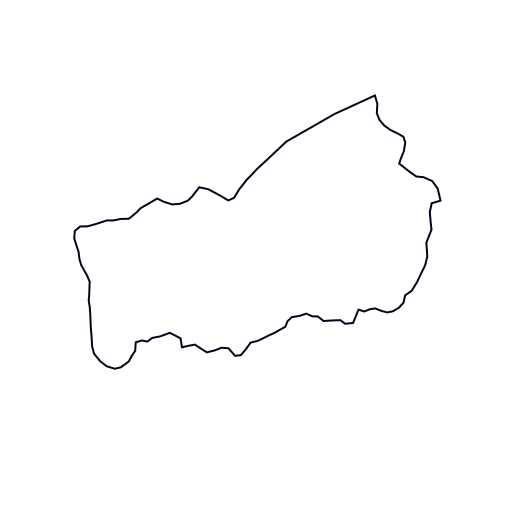 Cajobi, São Paulo, Brazil, rotated 326°
{"feature_id": "56859067B15563868354726", "entity_name": "Cajobi", "entity_type": "district", "adm_level": 2, "iso_a3": "BRA", "parent_name": "Brazil", "parent_adm1": "São Paulo", "projection": "mercator", "projection_center": [-48.85, -20.875], "detail": "fine", "context": "isolated", "style": "outline", "palette": "ink", "viewbox_px": 512, "rotation_deg": 326, "n_neighbors": 0, "source": "geoboundaries", "source_scale": "gbopen_adm2", "svg_char_len": 1711}
<svg xmlns="http://www.w3.org/2000/svg" viewBox="0 0 512 512"><g transform="rotate(326 256 256)"><path d="M171.4,154.0L164.5,149.6L157.3,146.6L152.5,143.2L140.4,139.7L132.9,137.2L126.8,133.2L119.8,133.9L115.2,139.7L113.5,145.3L111.2,153.4L108.0,159.6L106.0,165.8L105.0,177.9L103.7,184.4L96.3,194.5L92.3,199.6L89.4,205.8L85.0,213.3L81.0,219.7L78.2,224.4L75.0,230.2L69.5,239.5L67.1,246.4L68.0,256.3L70.6,264.0L75.9,270.5L81.7,272.7L91.5,272.3L97.8,269.0L102.8,267.1L108.0,260.3L114.1,262.2L118.1,266.2L124.2,265.9L131.4,269.0L141.6,271.5L147.4,282.0L143.6,290.3L150.3,292.9L155.8,295.3L158.1,300.9L161.4,308.4L169.4,311.3L176.0,312.7L181.6,317.1L182.8,327.0L188.0,329.7L195.6,327.6L203.0,324.8L209.9,327.3L215.8,328.2L221.5,328.9L228.5,330.1L234.3,330.5L240.7,331.1L245.7,327.7L251.4,326.7L258.9,330.1L265.5,331.9L269.0,337.6L273.4,340.6L275.7,347.7L282.9,351.9L290.1,356.4L292.0,362.0L299.0,365.8L305.3,361.6L311.0,357.8L314.8,362.6L320.6,363.8L325.5,366.1L329.3,371.7L333.4,376.3L338.8,378.4L345.6,378.8L352.2,377.2L357.6,372.0L365.6,371.9L375.1,367.6L381.2,363.9L390.9,358.4L397.6,352.3L400.9,346.8L404.6,340.3L416.2,332.3L420.5,324.2L424.7,316.7L431.2,310.5L439.9,313.3L444.3,301.8L444.0,292.3L438.8,284.2L433.4,279.8L430.3,271.7L426.4,259.4L431.0,255.9L437.1,251.9L443.2,245.4L444.9,239.6L442.3,234.3L437.9,226.6L435.3,219.7L434.5,212.3L436.0,205.2L441.7,197.7L444.3,189.4L400.7,182.2L345.0,178.1L320.1,182.2L305.6,184.4L298.0,186.2L290.3,187.8L279.2,191.4L270.5,195.5L264.1,194.5L261.0,187.8L257.7,181.3L253.7,173.9L247.4,167.3L236.0,171.0L230.5,172.0L222.2,170.2L215.4,166.4L209.9,159.5L206.2,153.1L196.6,152.5L187.1,151.8L181.3,153.1L171.4,154.0Z" fill="none" stroke="#020617" stroke-width="2"/></g></svg>